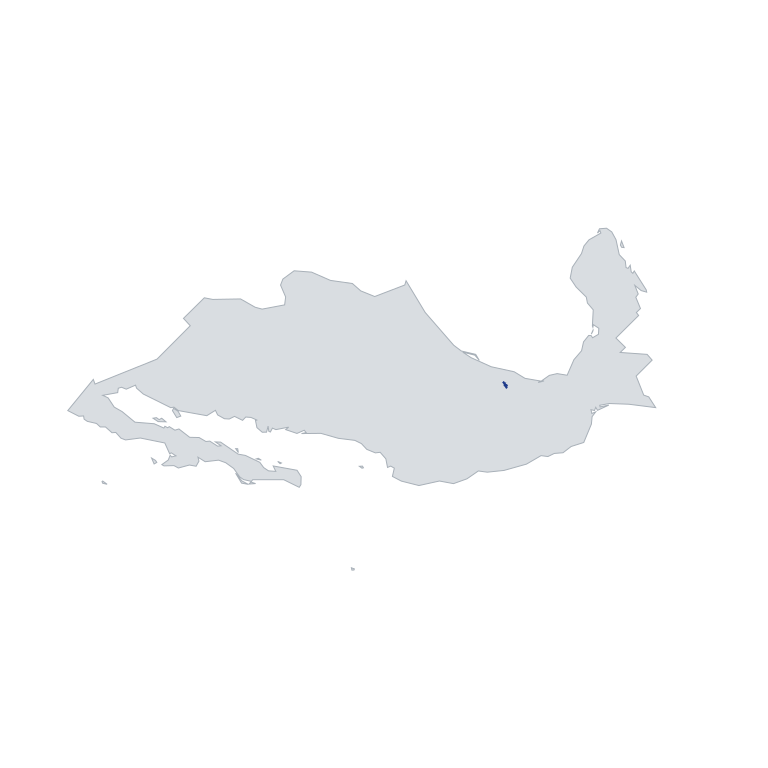 location of Xiutetelco, Puebla, Mexico, rotated 315°
{"feature_id": "50627088B11716767923603", "entity_name": "Xiutetelco", "entity_type": "district", "adm_level": 2, "iso_a3": "MEX", "parent_name": "Mexico", "parent_adm1": "Puebla", "projection": "equal_earth", "projection_center": [-97.339, 19.746], "detail": "fine", "context": "in_parent", "style": "filled", "palette": "blue", "viewbox_px": 768, "rotation_deg": 315, "n_neighbors": 0, "source": "geoboundaries", "source_scale": "gbopen_adm2", "svg_char_len": 4986}
<svg xmlns="http://www.w3.org/2000/svg" viewBox="0 0 768 768"><g transform="rotate(315 384 384)"><path d="M141.6,179.2L181.7,175.2L179.6,179.7L241.1,205.9L288.2,205.8L288.6,195.8L317.9,196.0L322.7,203.1L342.7,222.4L347.2,238.7L350.8,244.9L369.7,257.8L376.0,252.9L380.8,240.9L386.7,238.3L400.5,240.4L411.9,253.7L419.4,272.9L432.7,290.6L433.4,301.7L439.3,315.6L468.7,328.7L472.6,326.6L463.7,362.6L460.7,405.9L462.0,415.3L469.8,427.9L468.1,434.7L468.6,427.8L462.2,417.2L464.2,427.0L472.0,447.6L484.7,467.4L487.7,479.7L496.6,492.3L494.1,492.0L499.3,495.0L497.6,493.2L507.0,494.8L513.8,499.1L519.7,507.3L535.5,501.1L547.2,500.2L554.9,495.3L563.1,494.4L564.7,496.2L564.2,498.8L570.8,500.5L575.3,496.5L574.0,490.1L571.8,491.6L572.4,490.3L584.4,479.5L585.1,470.6L588.5,465.6L588.4,451.3L590.5,440.8L599.7,434.6L615.9,431.4L623.0,427.8L630.9,427.0L644.1,430.6L645.1,428.3L641.7,428.2L646.1,426.6L651.5,431.2L652.6,437.5L650.1,446.0L641.8,458.9L641.6,467.6L637.5,472.8L638.3,474.8L642.1,474.1L638.1,479.5L638.2,481.7L640.9,481.0L636.0,502.8L634.7,504.8L631.9,499.8L631.1,491.6L627.4,500.1L623.4,500.7L618.7,512.0L613.0,511.9L612.5,515.6L580.5,515.5L580.6,528.8L573.3,528.7L591.0,549.1L590.5,556.7L567.9,556.7L559.8,575.5L562.1,580.3L559.4,592.8L542.8,571.4L529.5,557.1L521.5,551.6L520.6,553.0L528.1,557.9L516.4,553.6L517.2,550.2L514.1,551.6L512.2,548.5L510.1,551.8L514.0,553.4L508.1,554.2L502.3,559.0L483.9,566.6L472.1,560.5L462.0,559.2L455.3,553.5L448.6,551.2L444.4,545.7L428.1,541.4L407.8,530.0L394.7,519.4L389.2,512.2L375.6,509.7L362.7,503.6L354.6,491.8L336.9,480.5L327.6,464.9L324.6,455.3L331.8,450.8L330.7,446.8L327.5,445.5L332.4,438.2L333.0,429.6L329.2,426.6L325.6,418.0L325.9,410.2L323.5,403.2L313.3,390.1L304.5,374.3L290.6,360.7L294.6,363.3L294.9,360.3L287.5,357.4L282.2,346.7L286.1,347.1L275.3,339.8L273.9,336.3L269.7,337.6L269.1,336.0L272.3,331.8L266.9,335.0L263.8,332.0L263.3,325.0L267.4,318.8L268.8,320.0L266.3,313.6L262.9,309.6L258.3,309.7L255.4,301.2L249.8,299.3L246.6,295.7L244.5,288.2L246.2,283.4L236.3,281.1L219.8,257.4L219.1,251.8L216.5,250.0L206.7,220.9L206.1,212.0L207.5,209.1L198.1,205.4L196.1,200.7L193.1,199.1L189.6,201.8L177.1,193.1L179.1,198.7L176.9,209.6L179.3,218.3L180.9,234.9L193.4,249.6L197.2,259.5L199.2,259.0L200.1,262.0L202.0,262.3L203.5,268.8L207.2,270.8L208.9,284.3L215.4,291.1L217.4,298.7L220.4,301.2L222.4,310.3L225.1,312.5L223.8,305.7L227.4,309.6L231.3,330.5L235.5,336.5L240.8,351.6L239.8,358.0L240.9,363.7L245.7,369.3L247.7,363.6L261.5,383.5L259.9,390.9L254.1,396.4L251.0,397.1L245.4,380.7L223.5,358.8L221.4,359.1L217.1,352.3L216.3,347.6L218.0,337.4L216.4,327.7L213.2,320.9L202.6,312.5L200.7,304.2L198.6,307.7L193.0,309.3L189.1,303.7L179.2,298.0L177.8,293.2L170.5,286.3L169.9,283.9L177.7,285.2L182.4,283.2L182.3,285.4L186.1,287.7L184.9,282.2L183.1,281.8L187.3,270.7L173.5,249.9L161.7,240.8L159.7,236.3L160.1,228.6L157.2,226.1L156.7,217.5L153.0,213.8L152.8,208.6L147.8,200.6L147.1,196.8L149.0,194.2L145.4,191.0L141.6,179.2ZM219.1,257.7L217.6,263.0L213.7,261.2L215.6,253.2L218.0,252.4L219.1,257.7ZM203.1,256.6L197.7,250.9L196.5,244.9L199.3,246.9L199.8,250.2L202.6,251.0L203.1,256.6ZM650.2,457.3L648.7,455.4L649.4,452.9L653.1,450.8L650.2,457.3ZM217.1,359.0L213.2,353.4L216.0,342.1L215.0,352.2L217.1,359.0ZM167.9,278.8L164.9,278.0L167.3,272.0L168.4,276.5L167.9,278.8ZM117.3,259.1L114.9,255.3L115.6,253.6L116.5,253.7L117.3,259.1ZM220.5,359.2L222.8,363.6L217.8,359.3L220.5,359.2ZM310.7,426.8L310.2,428.7L308.9,428.0L308.4,424.8L310.7,426.8ZM242.6,347.6L243.4,351.1L240.8,346.7L242.6,347.6ZM233.4,324.8L234.8,326.3L232.5,329.5L233.4,324.8ZM232.3,493.8L231.2,494.3L229.7,492.9L231.0,490.9L232.3,493.8ZM568.6,494.5L565.8,495.3L570.7,493.4L568.6,494.5ZM255.6,367.3L254.2,366.9L254.1,363.6L255.6,367.3Z" fill="#d9dde1" stroke="#a8b0b8" stroke-width="1"/><path d="M468.3,471.5L468.4,471.4L468.3,471.5L468.3,471.8L468.3,472.0L468.3,472.3L468.2,472.4L468.2,472.7L468.1,472.8L468.1,472.7L468.1,472.4L468.0,472.5L467.9,472.5L467.8,472.8L467.8,473.0L468.0,473.1L468.2,473.3L468.3,473.3L468.3,473.2L468.5,473.0L468.6,472.9L468.8,472.7L469.0,472.5L469.0,472.4L469.2,472.2L469.3,472.1L469.3,471.9L469.5,471.9L469.7,472.0L469.8,472.0L469.8,471.9L469.8,472.0L469.8,471.9L469.9,472.0L470.0,472.0L470.0,471.9L469.9,471.8L469.9,471.7L469.7,471.5L469.7,471.4L469.6,471.2L469.5,470.9L469.7,470.7L469.8,470.7L469.7,470.5L469.7,470.4L469.7,470.2L469.7,469.9L469.7,469.7L469.7,469.4L469.8,469.4L469.8,469.2L469.8,468.9L469.7,468.8L469.7,468.7L469.8,468.7L469.7,468.6L469.8,468.6L469.8,468.4L469.8,468.2L469.9,467.9L469.9,467.7L470.0,467.5L469.9,467.4L470.0,467.4L470.0,467.2L469.9,467.2L469.8,467.3L469.7,467.4L469.7,467.5L469.7,467.8L469.7,468.0L469.6,468.3L469.6,468.5L469.5,468.8L469.4,468.8L469.2,469.0L469.1,469.3L468.9,469.5L469.0,469.5L468.9,469.5L469.0,469.5L468.9,469.5L468.7,469.5L468.7,469.4L468.7,469.5L468.5,469.8L468.4,469.8L468.4,470.0L468.3,470.5L468.2,470.6L468.2,470.8L468.2,471.0L468.1,471.3L468.3,471.5Z" fill="#3b82f6" stroke="#1e3a8a" stroke-width="1.5"/></g></svg>